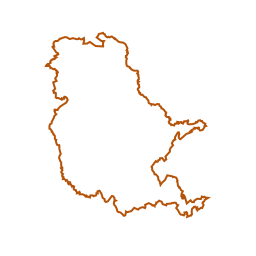 the district of Pedro Ascencio Alquisiras, Guerrero, Mexico, rotated 284°
{"feature_id": "50627088B24291579486400", "entity_name": "Pedro Ascencio Alquisiras", "entity_type": "district", "adm_level": 2, "iso_a3": "MEX", "parent_name": "Mexico", "parent_adm1": "Guerrero", "projection": "mercator", "projection_center": [-99.877, 18.526], "detail": "fine", "context": "isolated", "style": "outline", "palette": "amber", "viewbox_px": 256, "rotation_deg": 284, "n_neighbors": 0, "source": "geoboundaries", "source_scale": "gbopen_adm2", "svg_char_len": 5772}
<svg xmlns="http://www.w3.org/2000/svg" viewBox="0 0 256 256"><g transform="rotate(284 128 128)"><path d="M51.3,106.1L52.0,107.0L51.5,107.8L53.5,107.9L54.1,110.1L53.5,111.1L54.2,111.7L54.5,113.0L55.1,113.4L57.1,113.2L57.3,114.5L59.1,113.7L60.2,115.2L59.9,116.1L58.7,116.9L58.2,117.9L54.0,120.4L53.4,122.5L51.6,123.0L50.8,124.4L52.0,126.2L58.1,128.8L58.2,130.0L57.0,131.7L55.1,132.2L54.6,133.8L53.5,132.4L51.6,132.4L50.0,133.3L49.3,134.6L47.2,136.4L44.7,137.8L44.1,139.1L44.3,140.5L43.8,142.1L41.8,145.4L42.7,146.5L46.5,146.3L46.1,147.4L48.1,151.3L52.0,153.3L51.3,157.5L53.5,159.2L54.8,161.6L54.4,163.8L55.6,164.1L57.6,163.2L60.1,166.3L59.6,169.0L58.7,170.3L59.2,170.8L58.5,172.7L59.4,172.5L61.1,173.7L62.5,173.4L62.8,174.4L65.0,175.7L64.6,178.5L62.5,180.1L62.2,183.8L63.7,183.9L65.2,188.3L66.0,188.9L66.2,190.2L66.8,191.0L67.0,192.5L65.4,194.0L65.2,195.3L62.0,194.1L60.6,196.1L57.3,199.2L56.7,200.3L57.0,202.0L56.7,203.4L58.2,204.0L59.6,203.2L60.6,205.1L59.8,206.1L58.5,206.1L57.8,206.9L56.1,206.9L58.1,209.7L58.5,209.8L58.5,210.6L60.2,210.9L61.7,210.1L64.8,209.7L67.5,211.1L67.9,211.8L67.2,212.2L67.8,214.1L66.0,214.0L64.8,215.2L66.6,216.0L66.4,216.6L68.2,218.1L68.3,219.3L71.6,220.0L73.2,218.4L74.0,218.5L75.1,219.6L76.7,219.8L79.6,222.6L79.3,219.9L79.8,218.6L79.0,217.9L79.4,216.3L76.7,215.9L76.1,212.3L73.6,209.9L72.0,209.9L71.6,208.1L73.0,206.2L69.0,203.3L75.3,199.6L76.6,198.0L76.3,196.9L75.9,196.9L73.7,199.0L73.0,198.9L72.7,197.8L74.8,196.2L77.2,195.9L79.9,196.5L80.6,194.4L82.6,192.8L82.5,192.0L83.4,191.9L83.9,190.5L87.6,189.1L88.1,188.4L89.3,188.7L91.5,186.7L91.7,184.0L91.2,183.4L91.8,182.8L91.6,177.6L86.3,176.4L83.3,174.3L80.7,173.3L84.3,171.4L84.9,170.2L87.9,168.9L89.7,166.4L89.5,164.9L91.0,164.2L93.1,161.6L95.2,161.1L96.0,160.2L102.6,163.0L102.1,164.2L102.6,165.1L104.1,165.2L104.8,166.5L106.4,166.4L107.1,168.6L104.8,171.1L106.9,172.7L109.3,171.2L115.2,174.4L116.7,173.8L118.8,174.1L122.2,175.9L123.7,174.3L124.3,174.4L127.2,175.2L127.2,175.7L128.4,176.7L129.3,176.0L130.8,175.9L135.8,177.5L136.1,178.3L134.6,179.2L131.6,179.3L130.4,180.2L129.7,181.2L129.9,181.6L136.4,186.1L137.9,188.5L139.0,188.7L138.7,189.7L139.9,190.9L140.8,189.8L141.7,190.5L142.3,191.8L143.3,191.8L143.6,193.1L144.4,192.8L144.7,194.9L144.4,195.4L145.4,196.0L145.4,196.8L144.1,197.1L143.0,198.5L144.1,200.8L147.2,202.0L148.2,201.7L148.9,203.2L149.9,201.8L150.9,201.9L151.5,199.1L152.7,198.2L152.3,197.0L153.0,196.1L152.2,194.5L150.3,193.9L150.3,192.6L149.2,192.5L147.6,190.2L146.3,186.3L146.4,184.8L146.9,184.5L149.5,184.8L149.9,184.5L148.4,182.6L148.2,180.9L145.6,180.4L145.7,179.1L146.5,178.9L146.7,178.3L146.4,177.5L144.8,176.3L146.0,175.6L145.9,174.4L144.4,174.8L144.4,173.8L143.8,173.6L143.5,172.5L141.6,172.2L141.8,170.0L141.3,169.2L142.4,168.3L142.3,167.1L143.9,166.0L145.6,166.7L146.4,166.2L146.3,167.2L147.1,167.1L148.6,165.1L148.1,163.0L148.8,161.7L149.5,161.2L150.0,161.5L151.2,161.1L151.7,161.5L152.3,161.3L152.9,160.0L154.4,158.3L155.2,156.6L155.1,155.7L156.7,154.8L157.0,153.4L158.6,152.3L158.3,150.5L156.7,148.4L157.2,146.9L156.8,145.7L156.0,145.2L156.9,144.6L156.9,143.3L157.4,142.0L159.6,141.1L161.2,138.8L162.1,138.3L162.1,136.4L163.8,133.9L163.3,132.8L163.9,131.5L164.2,131.8L165.1,131.2L165.1,130.2L166.4,129.6L167.5,128.2L168.7,128.1L170.0,129.1L172.7,128.2L172.8,127.4L173.6,126.7L174.3,126.5L175.5,127.3L175.9,125.9L176.8,125.9L177.8,126.7L179.8,126.1L181.1,125.2L182.0,125.4L183.2,123.6L184.1,124.4L185.3,124.2L185.9,123.4L185.1,120.0L185.6,117.1L186.6,116.1L186.6,115.4L187.6,114.7L187.9,112.0L189.5,111.0L192.9,110.0L195.1,110.1L196.1,108.8L197.4,108.5L198.0,109.3L199.4,109.3L200.3,109.9L201.2,108.9L201.7,109.4L202.5,109.0L202.9,107.8L205.2,108.2L208.7,105.3L209.7,102.8L209.3,99.4L209.6,97.5L211.2,94.7L211.0,93.7L212.0,93.2L211.7,92.7L212.9,90.1L211.5,88.2L211.8,87.0L211.1,86.4L211.2,85.2L211.6,84.2L213.3,82.8L213.6,81.1L214.2,80.8L212.1,76.9L210.4,76.7L208.3,75.7L206.0,81.1L206.5,83.7L204.9,83.1L201.1,84.1L199.7,76.8L202.3,70.1L200.1,68.0L199.0,64.3L202.4,64.3L204.6,63.4L202.8,61.9L202.6,60.4L203.2,58.7L202.4,58.3L201.8,57.1L201.8,52.8L200.2,49.9L201.2,46.6L200.9,44.8L199.2,42.0L198.4,41.3L198.2,40.3L195.3,38.7L195.0,36.8L193.9,35.6L191.9,35.2L189.1,36.7L188.7,35.6L189.0,34.5L184.0,40.1L183.6,41.9L182.6,42.5L180.0,39.3L179.2,41.5L177.2,39.1L177.5,40.9L176.0,37.7L175.1,37.5L174.4,36.6L173.4,36.6L172.6,37.2L171.7,36.2L170.3,35.7L170.2,35.2L170.8,35.2L170.8,34.7L169.2,33.6L168.3,33.4L169.3,37.0L168.2,37.7L168.0,38.3L167.4,38.4L167.7,38.9L167.0,41.3L167.7,42.5L166.7,43.7L166.7,44.4L165.5,45.2L165.9,45.6L165.1,46.5L164.4,46.3L164.3,45.4L161.7,46.5L158.3,45.4L156.4,47.3L154.2,44.4L148.4,47.8L146.0,46.4L145.4,47.3L144.2,47.5L143.8,46.6L144.7,49.1L144.4,49.6L140.2,50.5L139.7,51.7L140.3,52.7L139.5,56.8L140.8,56.7L140.5,57.9L142.3,58.5L141.6,59.1L143.0,59.6L143.0,60.2L142.2,61.5L140.7,62.7L137.8,62.0L132.5,57.1L129.8,55.6L128.4,55.4L128.1,52.4L127.4,52.3L126.8,53.1L126.3,52.8L124.5,54.1L124.0,55.1L121.7,53.6L120.2,53.6L115.5,52.5L114.0,52.7L112.7,51.4L110.8,51.3L108.3,52.0L108.4,52.7L107.0,54.6L105.9,54.8L106.0,55.5L104.7,56.4L104.0,57.5L103.5,57.4L102.7,58.9L99.7,59.7L99.1,61.3L98.1,61.0L94.7,63.0L94.3,64.7L94.7,65.3L94.2,65.7L91.0,66.5L86.6,69.0L83.8,68.2L82.3,68.4L79.6,70.2L78.4,71.5L75.2,72.3L74.7,72.9L73.9,72.8L73.5,73.6L72.8,72.7L72.1,73.6L72.5,74.0L71.1,74.6L69.1,73.8L68.1,74.8L67.6,76.1L66.3,75.5L64.9,76.1L65.1,77.0L64.8,77.4L62.7,77.2L63.1,78.5L62.5,80.0L61.8,80.4L62.6,81.3L62.0,81.7L61.3,83.1L60.4,82.8L59.7,83.4L61.1,84.0L61.4,84.8L60.8,85.3L59.3,85.1L59.6,86.0L57.5,87.9L58.5,88.5L58.2,89.9L55.7,90.0L55.0,90.8L55.1,92.5L54.1,92.9L53.4,94.0L52.2,94.2L52.7,95.2L54.3,96.3L53.8,96.9L51.9,97.2L52.7,99.9L52.3,102.0L51.1,103.5L51.2,104.1L52.3,104.1L51.3,106.1Z" fill="none" stroke="#b45309" stroke-width="2"/></g></svg>